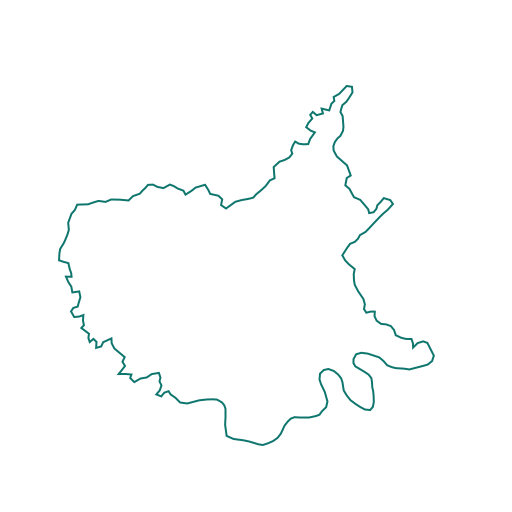 Dois Vizinhos, Paraná, Brazil, rotated 101°
{"feature_id": "56859067B29703429785729", "entity_name": "Dois Vizinhos", "entity_type": "district", "adm_level": 2, "iso_a3": "BRA", "parent_name": "Brazil", "parent_adm1": "Paraná", "projection": "natural_earth1", "projection_center": [-53.086, -25.743], "detail": "fine", "context": "isolated", "style": "outline", "palette": "teal", "viewbox_px": 512, "rotation_deg": 101, "n_neighbors": 0, "source": "geoboundaries", "source_scale": "gbopen_adm2", "svg_char_len": 3580}
<svg xmlns="http://www.w3.org/2000/svg" viewBox="0 0 512 512"><g transform="rotate(101 256 256)"><path d="M71.6,194.1L71.8,199.4L81.0,205.3L85.1,210.1L88.8,208.7L92.1,211.0L99.1,211.9L98.8,219.7L103.3,217.5L106.2,223.4L103.7,227.7L107.1,229.7L110.3,227.0L115.5,230.0L120.0,231.3L122.5,226.3L123.4,221.8L130.8,225.2L136.2,226.1L137.3,230.7L137.6,235.3L136.2,239.4L140.1,240.8L145.4,241.7L148.6,239.9L152.9,242.1L156.2,246.1L158.9,250.9L165.3,255.6L170.9,254.1L176.1,252.6L179.1,256.8L185.4,259.8L190.3,263.4L195.4,267.6L199.3,269.9L201.4,274.4L203.8,280.7L206.7,286.6L215.1,294.5L212.7,300.0L206.8,300.0L204.0,304.5L203.8,312.8L200.4,315.3L195.8,319.6L200.4,328.4L204.3,331.7L209.2,336.9L205.7,339.7L204.7,345.8L203.2,349.6L202.3,354.1L207.0,359.8L207.0,365.9L205.6,370.8L206.8,375.6L210.3,377.6L213.8,380.1L217.0,381.9L220.7,388.2L225.8,391.7L226.7,400.4L228.2,409.0L231.6,414.0L232.0,421.2L235.0,426.8L237.3,430.7L239.7,441.3L245.4,442.6L249.8,445.2L259.2,446.7L266.1,444.7L271.0,445.2L276.5,446.3L279.8,447.1L286.6,449.6L291.7,449.4L297.8,448.5L298.4,444.2L298.8,438.8L304.1,436.5L308.2,434.1L311.6,433.1L312.5,438.6L317.7,435.0L321.2,431.5L326.8,429.3L324.5,422.8L330.0,420.5L335.6,421.1L339.7,421.4L341.8,425.4L345.7,427.0L350.6,422.8L349.1,417.8L346.9,414.2L352.5,413.5L356.8,411.7L360.0,413.7L362.0,409.6L364.2,405.1L368.4,404.9L372.2,402.8L368.4,399.8L370.7,396.2L376.7,395.4L374.3,390.7L369.8,389.6L364.5,382.2L369.2,381.0L373.8,377.4L376.7,372.2L380.3,365.6L385.3,366.9L388.9,363.6L393.9,366.1L398.1,368.3L396.7,361.6L396.1,355.7L399.8,356.2L403.0,351.4L398.3,346.0L396.1,340.1L391.8,335.8L389.3,329.0L393.6,326.6L397.5,326.8L401.1,324.1L406.2,324.8L410.9,327.4L411.9,322.2L407.7,320.0L405.4,316.0L408.2,313.4L410.5,308.1L414.3,302.5L413.9,295.4L408.5,284.2L406.2,276.8L404.9,271.0L404.4,266.9L406.2,261.5L408.7,258.6L411.8,256.8L419.9,255.2L427.6,254.1L438.2,250.5L439.9,243.1L439.3,233.1L439.4,227.5L439.9,222.0L440.4,217.7L440.2,213.2L437.7,208.7L434.4,203.9L430.4,200.1L425.6,197.7L417.1,195.6L412.4,193.2L409.1,190.9L406.9,187.5L406.2,182.3L404.4,173.0L401.7,166.7L399.7,163.4L395.9,161.7L391.0,158.3L385.2,158.1L376.4,162.5L369.4,167.7L365.1,170.1L359.3,170.7L355.0,167.7L353.1,163.4L354.0,157.7L356.7,152.7L359.8,149.1L363.3,147.1L371.3,144.2L375.6,140.3L379.6,135.6L382.4,129.7L384.3,125.0L385.9,119.8L385.4,114.5L381.8,112.5L376.9,112.5L370.7,113.9L366.3,115.2L362.7,116.8L357.6,118.1L353.8,119.5L350.9,122.9L349.0,127.4L345.4,137.4L342.5,139.9L338.6,140.6L333.3,138.9L330.9,134.1L330.5,127.6L332.0,115.7L334.7,110.9L338.2,106.4L339.2,101.5L339.4,97.4L338.3,88.8L338.1,83.8L331.9,70.8L329.8,66.7L325.5,63.1L319.9,62.4L308.6,71.2L307.9,75.6L310.6,80.7L315.9,84.3L312.0,85.2L307.8,87.5L308.8,92.9L308.6,97.6L307.1,103.7L302.4,106.3L299.1,110.2L298.3,115.1L298.8,120.2L296.5,125.2L292.6,128.1L287.9,128.8L288.7,132.8L290.6,136.9L287.4,139.9L282.7,139.9L277.8,142.3L271.0,149.1L265.4,153.6L261.0,155.2L255.2,156.6L250.0,156.6L246.4,163.3L243.2,167.7L238.9,171.4L230.6,168.1L226.1,166.0L223.3,161.7L219.6,159.2L215.6,157.9L211.5,153.1L206.8,150.0L201.3,146.6L194.0,141.9L190.1,139.2L185.6,135.6L178.8,131.5L175.5,134.9L174.8,141.6L179.0,143.9L183.1,146.6L186.7,146.8L190.6,148.9L192.3,153.1L188.8,154.7L185.3,159.0L181.0,164.4L179.6,171.0L176.5,173.6L172.2,177.1L169.6,181.8L162.1,181.8L158.9,178.4L149.7,183.9L142.9,195.6L137.5,200.0L133.4,201.0L128.9,200.3L124.9,198.4L122.0,196.1L116.6,194.5L112.5,194.8L106.3,196.5L102.0,197.7L98.6,200.6L94.9,200.4L91.5,200.0L87.3,196.7L83.0,194.8L77.0,192.5L71.6,194.1Z" fill="none" stroke="#0f766e" stroke-width="2"/></g></svg>